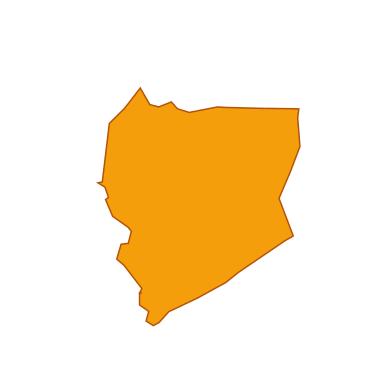 the district of Edgecombe, North Carolina, United States of America, rotated 217°
{"feature_id": "52423323B70191096340294", "entity_name": "Edgecombe", "entity_type": "district", "adm_level": 2, "iso_a3": "USA", "parent_name": "United States of America", "parent_adm1": "North Carolina", "projection": "albers", "projection_center": [-77.591, 35.915], "detail": "fine", "context": "isolated", "style": "filled", "palette": "amber", "viewbox_px": 384, "rotation_deg": 217, "n_neighbors": 0, "source": "geoboundaries", "source_scale": "gbopen_adm2", "svg_char_len": 822}
<svg xmlns="http://www.w3.org/2000/svg" viewBox="0 0 384 384"><g transform="rotate(217 192 192)"><path d="M156.7,322.7L158.5,321.4L160.9,319.7L188.5,299.4L216.0,279.8L222.9,275.2L242.1,253.9L253.6,249.7L262.7,251.5L269.7,240.0L278.3,236.4L295.9,243.9L296.1,223.8L296.3,217.6L299.3,197.0L269.7,146.1L272.6,142.7L264.5,143.5L255.4,137.4L256.5,133.9L240.7,124.8L221.9,125.4L216.8,124.1L212.0,112.6L217.2,107.7L211.7,93.1L202.0,92.5L173.9,84.7L173.2,80.4L173.2,80.2L172.8,80.5L172.7,80.5L172.3,80.6L171.9,80.7L171.8,80.4L172.2,79.9L172.6,79.7L172.6,79.1L165.9,70.2L154.7,70.6L151.0,61.3L142.5,62.0L139.8,67.8L138.5,82.5L123.7,110.8L110.5,140.2L106.6,155.6L88.6,208.6L84.7,217.8L118.7,239.3L125.6,267.2L131.0,285.8L133.2,293.3L144.4,306.0L152.4,315.0L156.7,322.7Z" fill="#f59e0b" stroke="#b45309" stroke-width="1.5"/></g></svg>